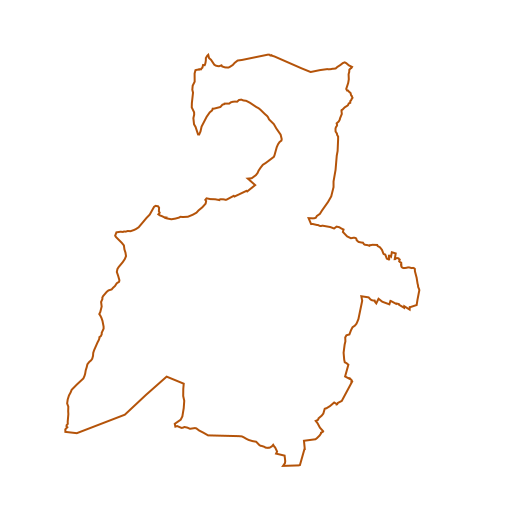 Cojumatlán de Régules, Michoacán, Mexico (Robinson projection), rotated 278°
{"feature_id": "50627088B52611553865920", "entity_name": "Cojumatlán de Régules", "entity_type": "district", "adm_level": 2, "iso_a3": "MEX", "parent_name": "Mexico", "parent_adm1": "Michoacán", "projection": "robinson", "projection_center": [-102.864, 20.109], "detail": "fine", "context": "isolated", "style": "outline", "palette": "amber", "viewbox_px": 512, "rotation_deg": 278, "n_neighbors": 0, "source": "geoboundaries", "source_scale": "gbopen_adm2", "svg_char_len": 6072}
<svg xmlns="http://www.w3.org/2000/svg" viewBox="0 0 512 512"><g transform="rotate(278 256 256)"><path d="M55.3,91.7L55.6,103.2L80.6,148.2L103.3,166.5L124.1,184.3L119.5,202.2L114.1,202.5L107.2,203.4L102.6,205.1L95.3,205.6L86.9,205.4L83.4,204.2L78.5,198.9L75.8,199.9L76.6,201.6L75.4,206.2L75.9,207.7L76.7,208.9L76.5,211.9L75.7,214.7L77.1,219.4L77.0,220.9L75.3,223.9L73.7,228.5L71.7,233.5L75.2,263.9L75.4,267.0L74.8,269.0L73.6,271.9L72.8,274.4L72.2,278.4L72.1,282.0L69.2,285.7L68.7,286.9L68.7,288.0L68.4,289.8L68.1,291.1L67.6,292.0L67.6,294.2L67.9,294.9L67.8,295.2L68.1,296.2L69.8,298.3L71.4,299.3L69.7,300.7L69.2,301.5L65.3,304.1L63.1,303.4L62.3,312.1L56.9,313.5L54.9,313.5L51.9,312.0L54.6,327.5L55.1,328.6L71.9,330.9L71.9,331.1L79.7,329.2L82.8,340.4L84.1,341.7L87.1,344.0L89.4,345.1L90.1,345.0L91.1,346.6L91.8,346.9L94.9,343.2L99.0,340.2L101.0,338.1L102.3,340.1L103.0,340.4L103.9,340.5L107.1,343.3L109.3,344.6L114.2,345.3L114.7,345.9L114.9,346.8L117.7,350.2L121.8,353.8L120.5,356.8L120.4,356.8L120.5,357.0L121.9,357.5L124.4,361.1L144.8,368.6L144.9,368.0L146.1,368.2L148.0,365.8L148.0,365.1L147.6,365.1L149.1,361.0L161.2,362.6L162.5,360.5L163.1,358.7L165.5,357.8L172.4,356.2L180.6,356.1L183.9,356.4L187.8,355.7L190.1,356.6L191.3,359.4L195.7,360.4L198.9,361.5L200.8,363.6L202.9,364.9L204.6,365.4L207.8,366.2L226.5,367.4L230.8,365.9L230.7,373.3L229.0,375.3L228.4,376.6L228.2,378.5L228.4,379.7L227.0,380.4L225.8,381.7L230.7,383.3L228.3,387.4L226.7,394.8L230.3,395.4L230.3,395.5L228.1,401.5L228.5,401.7L228.3,404.1L227.7,404.3L225.3,409.9L226.9,409.8L224.3,415.6L226.8,415.4L226.9,416.0L229.8,421.9L235.3,422.0L244.8,422.5L245.7,422.2L248.1,420.8L249.3,420.6L251.2,419.8L256.8,418.1L263.0,415.5L265.3,415.1L265.8,414.4L266.1,413.3L265.7,411.8L266.0,409.3L265.9,408.2L265.1,406.2L264.6,404.0L264.7,403.0L265.2,401.9L266.1,401.3L267.3,400.9L267.4,401.2L269.6,400.7L270.0,399.4L270.7,398.5L272.5,398.8L272.8,398.1L273.5,397.5L273.6,395.9L272.9,394.7L272.3,394.3L272.2,393.8L278.0,394.0L278.6,390.0L274.0,389.8L274.9,388.2L274.8,387.6L271.5,388.1L271.5,388.3L271.1,388.3L271.0,388.1L271.6,385.9L275.4,383.8L275.7,382.2L276.1,381.8L279.6,379.9L281.9,377.5L282.8,375.1L283.8,374.5L283.3,369.8L282.6,367.9L282.7,367.4L281.9,366.9L282.3,365.1L282.3,362.2L282.7,361.3L284.1,360.0L284.0,358.8L284.2,355.6L285.6,353.5L286.6,353.2L287.6,352.3L287.8,350.5L286.8,347.5L288.1,343.5L291.9,338.7L294.4,339.0L295.1,336.7L296.1,334.4L296.3,331.7L294.1,329.5L295.0,325.6L295.3,317.6L294.7,316.1L294.7,315.0L295.3,313.0L295.2,312.0L295.6,307.7L295.3,306.1L300.8,302.8L301.2,307.1L301.5,308.5L302.2,309.9L304.1,310.7L306.6,313.4L310.2,315.0L319.5,319.8L325.5,322.2L335.0,323.2L340.7,322.4L352.3,322.8L366.6,322.0L371.3,322.2L382.7,321.1L385.7,320.7L387.2,319.5L388.5,319.1L390.3,317.5L393.1,317.0L394.6,317.2L396.0,317.9L397.0,318.1L398.6,317.4L400.7,319.2L402.8,320.0L403.8,320.0L408.6,321.2L411.9,320.4L412.5,320.5L413.0,321.3L415.5,323.1L417.7,325.7L418.2,326.1L420.0,326.6L420.8,328.0L422.5,327.8L423.4,328.5L424.7,328.8L425.5,329.4L426.3,329.5L427.1,328.8L427.7,328.7L428.1,328.1L428.6,327.7L430.2,327.1L430.7,326.8L431.7,325.1L432.6,324.2L432.5,323.2L434.0,322.1L440.1,323.2L443.9,323.3L448.9,322.4L451.2,322.7L453.5,322.5L455.0,323.6L455.3,324.2L456.6,324.8L457.7,321.4L459.5,318.6L460.1,316.9L459.1,315.1L456.9,313.0L454.5,310.2L452.8,308.8L452.3,307.0L452.0,305.5L451.5,304.3L451.0,302.1L451.0,300.6L449.0,293.5L445.8,284.5L448.2,274.9L456.2,246.4L456.5,244.3L457.0,243.5L456.5,243.0L456.6,242.1L457.2,241.5L457.1,239.9L448.2,214.9L447.0,210.6L444.3,208.0L441.9,206.4L439.5,203.6L438.8,202.5L438.5,199.9L438.5,198.9L439.0,196.1L440.0,195.3L438.9,193.3L438.7,192.3L438.9,189.8L439.6,188.1L444.1,184.1L445.4,182.0L448.6,180.7L447.6,179.9L445.0,178.8L442.8,179.1L440.8,179.1L438.8,178.9L437.8,178.6L437.8,177.0L435.0,176.7L434.1,175.9L433.2,175.6L433.1,173.9L432.7,173.9L432.3,171.9L431.6,170.2L428.2,169.8L420.1,171.0L415.9,169.6L411.8,169.8L409.0,170.9L398.6,171.2L394.2,171.7L389.7,174.7L387.3,175.1L383.8,174.8L377.8,176.3L375.4,178.2L368.3,181.7L368.4,182.8L371.6,183.7L376.6,184.1L387.1,187.8L391.8,190.2L394.1,192.3L395.9,192.6L396.1,194.0L398.6,200.0L401.2,201.7L402.0,203.5L402.5,203.6L403.2,208.3L404.6,209.6L405.4,211.3L406.0,213.6L406.2,215.9L408.1,217.4L408.8,219.7L408.3,221.7L408.3,224.7L406.9,228.7L403.6,235.5L402.7,238.0L401.5,240.0L397.9,244.9L396.2,247.5L395.1,248.6L393.1,249.9L389.1,255.3L385.1,258.4L379.6,263.5L375.3,265.2L373.8,265.1L372.2,263.5L369.8,262.3L366.7,261.4L358.4,260.3L356.7,259.9L349.4,252.6L347.3,250.1L344.2,248.3L340.9,246.7L338.4,246.0L336.0,244.6L332.4,240.9L331.5,237.1L326.1,245.3L318.7,238.3L319.2,237.5L311.9,226.4L312.5,225.6L307.7,219.0L307.4,218.2L307.6,216.0L307.3,213.1L306.5,211.3L306.3,211.4L306.5,207.7L306.0,202.9L306.2,199.0L304.5,198.0L303.5,199.0L300.8,198.8L296.8,196.1L293.2,192.8L290.6,191.0L288.1,187.7L285.4,183.1L284.4,178.1L284.3,175.7L283.3,174.4L281.8,170.9L280.6,167.1L280.8,162.8L281.0,161.3L281.6,161.6L281.6,159.5L282.2,157.9L282.9,155.0L283.7,153.5L285.4,154.6L286.8,153.6L290.3,153.3L291.6,152.1L291.7,149.6L290.5,148.2L282.2,145.0L278.5,142.3L268.1,135.8L266.0,133.4L264.8,131.6L263.1,128.3L262.9,125.5L262.0,123.6L261.9,121.9L261.3,120.9L261.2,118.5L260.0,114.5L256.5,113.7L255.3,114.7L250.4,121.2L248.1,123.7L244.2,124.8L241.1,126.3L237.8,127.3L234.7,126.5L231.4,124.9L225.9,121.5L223.9,120.6L220.8,120.4L217.3,122.2L213.0,124.1L211.4,124.0L209.6,121.9L206.6,120.5L204.7,118.9L202.8,117.7L201.4,114.7L199.8,113.2L195.1,110.2L193.4,109.6L192.1,109.9L188.9,109.0L184.5,110.2L178.9,109.6L176.7,108.9L175.2,110.2L173.3,111.5L170.4,113.0L164.9,114.9L162.8,115.2L158.5,113.9L157.0,114.1L155.1,113.5L153.8,112.2L152.8,112.4L150.9,112.0L148.4,111.1L140.2,108.8L137.4,108.3L134.4,108.5L131.4,108.1L129.7,107.2L127.9,105.6L125.3,104.1L122.1,103.8L119.2,103.3L115.8,103.2L113.6,102.9L110.7,102.1L103.7,96.4L97.9,92.1L95.1,91.4L91.9,90.2L87.7,89.5L83.7,89.5L80.7,91.1L76.2,91.6L73.2,92.2L65.4,92.6L64.2,92.9L63.4,92.9L62.1,92.0L60.8,92.1L60.2,93.0L57.8,91.3L55.3,91.7Z" fill="none" stroke="#b45309" stroke-width="2"/></g></svg>